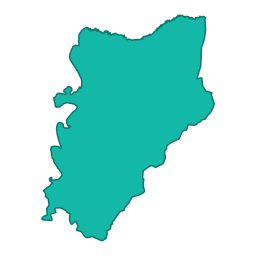 outline of Wang Muang, Saraburi, Thailand
{"feature_id": "78962969B15444617755923", "entity_name": "Wang Muang", "entity_type": "district", "adm_level": 2, "iso_a3": "THA", "parent_name": "Thailand", "parent_adm1": "Saraburi", "projection": "mercator", "projection_center": [101.139, 14.811], "detail": "fine", "context": "isolated", "style": "filled", "palette": "teal", "viewbox_px": 256, "rotation_deg": 0, "n_neighbors": 0, "source": "geoboundaries", "source_scale": "gbopen_adm2", "svg_char_len": 5615}
<svg xmlns="http://www.w3.org/2000/svg" viewBox="0 0 256 256"><path d="M62.3,208.4L66.0,210.7L67.5,212.6L70.1,213.7L69.6,217.5L69.6,220.2L70.4,222.6L71.1,224.0L71.6,224.2L72.5,224.0L74.5,221.7L76.2,221.6L76.8,222.2L77.0,224.0L77.8,225.4L78.0,226.2L77.2,228.3L76.4,229.8L76.6,230.4L80.0,231.1L81.6,231.9L84.7,236.4L86.1,237.4L87.2,237.6L92.5,236.6L100.9,240.4L101.9,240.6L103.1,240.4L105.8,238.5L105.4,237.9L106.6,237.2L106.5,235.7L107.2,234.2L106.9,230.6L109.7,229.4L110.2,228.9L110.9,226.1L111.0,224.4L112.0,224.3L112.6,223.7L112.2,222.8L112.4,222.4L112.2,221.9L112.6,221.7L113.0,221.1L113.7,220.8L115.2,218.1L119.4,212.4L121.2,210.9L123.2,210.7L123.9,210.4L124.8,207.5L128.5,203.3L131.9,197.3L134.1,196.2L138.2,195.4L142.3,193.4L144.1,191.9L144.4,191.1L144.5,189.9L143.6,188.3L143.2,184.1L143.8,179.5L142.8,178.1L142.6,177.5L143.1,171.6L143.6,170.6L147.5,167.6L150.4,165.8L151.3,165.7L153.2,166.0L154.9,167.1L156.4,167.3L158.5,165.6L161.6,164.5L162.5,163.9L163.5,162.6L165.1,158.8L165.3,156.0L164.7,153.9L164.6,151.9L165.1,150.1L166.6,148.8L166.6,147.0L167.1,145.6L169.9,143.3L175.9,140.2L179.0,138.9L182.1,131.9L182.8,131.3L184.4,130.4L186.5,130.0L187.2,128.2L188.0,124.6L194.1,125.2L196.5,124.5L197.9,122.6L200.6,121.6L201.9,119.8L204.3,119.4L205.0,119.0L208.3,114.7L210.5,112.4L212.7,108.3L214.0,105.0L214.1,103.4L211.2,94.4L211.9,93.1L210.1,92.2L207.7,91.8L206.9,91.3L206.0,91.4L203.8,87.7L202.8,86.7L201.7,77.9L197.1,78.6L197.9,75.2L200.5,66.7L200.4,66.2L200.8,65.4L201.5,47.1L202.8,43.8L204.1,39.8L205.6,30.4L204.9,19.5L205.3,17.4L203.7,16.4L203.1,16.5L202.3,17.0L199.6,16.4L199.2,17.6L195.9,17.8L195.7,17.9L195.6,18.7L194.7,19.4L193.2,18.6L192.6,19.1L192.3,19.1L192.4,17.8L192.1,17.6L190.6,17.8L189.5,17.6L189.3,18.1L189.1,18.2L188.8,17.0L187.1,16.6L186.8,16.3L186.3,16.5L185.9,16.9L185.6,16.7L184.8,16.9L184.5,16.5L183.7,16.7L182.9,16.3L182.6,15.4L180.8,15.8L179.9,15.4L179.8,15.9L179.0,15.4L178.5,16.2L177.9,15.7L177.6,16.6L176.8,16.6L176.1,17.7L175.2,18.1L175.1,18.4L174.3,18.2L174.4,18.6L174.1,18.6L174.0,19.2L173.7,19.1L173.7,19.7L173.1,19.2L171.8,20.2L171.3,21.2L170.2,20.9L169.9,21.2L169.8,20.3L169.5,20.2L169.2,20.4L169.2,21.1L168.5,20.8L168.2,21.0L167.8,20.6L167.5,21.1L167.2,20.6L166.5,21.1L166.0,21.2L165.9,21.5L166.3,21.8L166.1,22.1L166.2,22.3L165.3,22.2L165.5,23.0L165.1,22.9L164.6,23.7L163.4,24.1L162.6,24.6L162.1,25.7L161.9,25.6L161.9,25.2L161.0,25.0L161.0,25.3L161.5,25.6L160.6,25.8L160.9,26.4L160.3,26.2L160.2,26.7L159.3,26.8L159.1,27.1L159.1,28.3L157.3,28.3L157.5,28.9L156.8,29.2L156.9,29.5L157.3,29.6L157.3,30.0L156.2,29.9L156.1,30.3L156.5,30.4L156.4,30.7L156.0,31.0L154.9,31.2L154.3,31.9L154.2,32.5L153.2,33.1L152.0,34.4L151.4,34.5L150.4,35.0L150.1,34.4L149.8,34.3L149.1,35.4L148.2,35.1L147.7,35.7L146.4,36.0L145.7,36.7L145.0,36.3L143.9,36.4L142.2,37.8L142.2,38.2L142.7,38.5L142.6,38.9L142.1,39.1L141.2,38.9L139.5,39.8L138.6,39.5L137.3,39.7L133.5,39.8L132.2,40.3L128.9,39.1L127.6,39.7L126.6,39.0L125.8,37.5L124.4,37.5L124.2,35.5L123.1,36.1L122.5,35.3L122.1,35.1L119.0,35.2L118.6,34.7L116.7,34.2L115.7,33.4L115.0,33.6L114.2,33.5L113.2,34.4L112.3,34.1L111.7,34.9L110.8,34.7L110.2,35.0L109.6,33.8L110.2,33.3L110.2,33.0L109.3,32.9L108.7,33.9L108.3,34.0L108.2,32.1L107.5,32.4L107.1,32.4L107.0,31.9L107.4,31.2L107.1,31.0L106.4,31.0L106.2,31.8L105.5,32.3L105.3,32.2L105.4,31.1L105.1,31.0L104.6,31.5L104.5,31.9L104.2,32.0L104.0,33.0L103.0,32.9L102.0,33.1L101.5,32.7L101.2,31.9L100.0,31.6L99.3,31.0L98.5,31.1L98.4,29.7L97.4,29.9L97.6,31.1L96.4,30.6L96.2,30.2L97.0,30.2L97.0,29.8L96.5,29.2L95.9,29.7L95.4,28.4L95.1,28.5L95.0,29.3L94.2,29.5L93.8,30.1L92.6,30.6L92.7,29.9L92.3,29.8L91.7,30.3L90.2,30.6L90.0,30.0L90.6,29.6L89.6,29.1L90.5,29.0L90.3,28.6L89.8,28.6L88.6,29.1L88.2,28.7L88.0,27.7L86.4,27.6L85.1,28.1L82.0,30.2L79.3,34.3L79.0,35.4L78.9,36.7L79.0,38.9L78.4,41.6L79.1,43.3L79.0,44.7L78.5,45.5L77.6,45.9L76.9,45.9L75.9,45.2L75.3,45.2L73.1,46.4L71.1,50.8L69.9,54.4L69.7,57.4L70.2,59.6L78.2,72.3L81.1,78.4L81.8,80.9L81.8,83.4L81.2,88.3L79.5,87.1L76.9,91.7L75.9,92.2L75.0,92.0L73.8,92.3L72.5,94.1L71.0,94.7L70.2,93.9L69.8,92.6L70.1,91.9L71.5,90.7L71.9,89.3L71.8,88.5L71.3,87.9L69.1,86.7L68.0,86.6L67.3,87.1L66.9,88.1L64.7,89.4L63.6,91.0L63.9,91.6L65.2,92.5L65.8,93.2L66.1,93.9L65.9,94.4L65.2,94.4L60.3,93.3L58.1,93.4L56.9,94.2L55.7,96.7L53.9,97.9L54.0,99.6L55.2,104.5L55.2,106.0L55.8,106.7L56.4,107.1L59.8,106.9L63.2,104.0L66.9,102.6L73.4,103.8L76.6,105.6L77.2,106.4L77.2,107.4L77.0,108.1L75.7,110.1L72.4,112.6L67.5,118.6L66.6,120.1L66.8,122.9L67.6,125.2L68.3,126.1L68.9,125.7L69.9,125.9L70.3,126.6L69.9,127.5L69.3,127.8L66.3,128.1L64.9,128.0L63.3,126.8L63.2,124.8L62.9,123.9L61.8,123.1L60.2,122.6L59.1,122.8L58.1,123.3L57.6,124.1L56.9,126.1L56.5,128.2L57.3,134.6L58.6,139.8L61.3,147.4L60.3,148.3L58.4,146.5L56.7,146.5L55.4,146.3L52.7,146.4L51.3,147.0L51.2,147.3L51.5,148.0L50.7,149.1L50.6,149.6L51.3,151.5L51.6,154.8L52.2,157.6L52.5,158.5L53.2,159.0L54.0,160.4L54.1,160.9L53.8,161.7L54.4,163.0L55.6,164.4L57.8,168.1L61.2,172.3L61.8,173.6L62.0,175.1L61.7,175.9L59.7,178.2L57.9,179.6L57.1,179.5L54.8,180.1L51.9,180.1L51.1,179.2L51.2,178.7L51.8,178.2L51.7,177.5L51.3,177.4L49.5,178.5L49.7,180.7L51.3,181.9L51.7,182.6L52.3,182.9L52.3,183.3L51.0,184.4L49.9,186.0L49.0,186.4L45.5,188.9L43.5,190.7L43.5,191.0L44.2,191.5L45.7,193.8L45.5,196.6L48.2,198.8L49.1,205.2L46.7,208.5L47.1,213.6L47.0,215.1L44.2,216.1L43.3,216.7L42.0,218.3L41.9,218.9L42.4,219.6L43.2,219.9L47.0,220.1L51.0,220.5L51.6,220.3L52.0,219.4L51.9,218.4L50.7,216.0L50.4,214.6L51.5,213.7L55.2,212.8L55.7,212.5L55.9,212.0L54.8,209.2L55.4,208.3L56.0,207.9L59.1,207.8L62.3,208.4Z" fill="#14b8a6" stroke="#0f766e" stroke-width="1.5"/></svg>